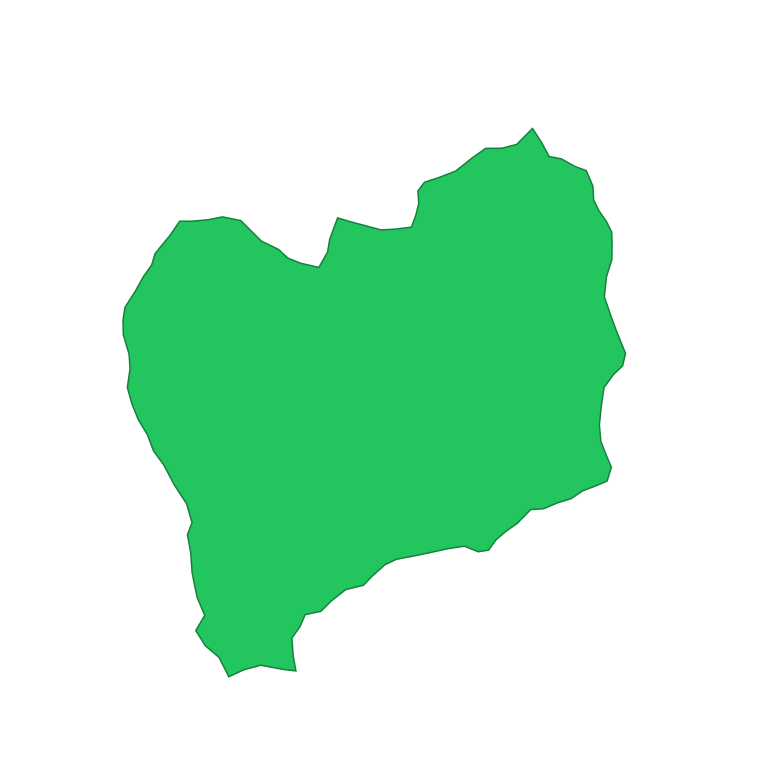 outline of Nipoã, São Paulo, Brazil, rotated 337°
{"feature_id": "56859067B34709054830061", "entity_name": "Nipoã", "entity_type": "district", "adm_level": 2, "iso_a3": "BRA", "parent_name": "Brazil", "parent_adm1": "São Paulo", "projection": "mercator", "projection_center": [-49.777, -20.892], "detail": "fine", "context": "isolated", "style": "filled", "palette": "green", "viewbox_px": 768, "rotation_deg": 337, "n_neighbors": 0, "source": "geoboundaries", "source_scale": "gbopen_adm2", "svg_char_len": 1551}
<svg xmlns="http://www.w3.org/2000/svg" viewBox="0 0 768 768"><g transform="rotate(337 384 384)"><path d="M560.8,549.5L560.8,535.0L561.2,521.5L566.3,505.8L576.1,488.0L585.2,473.2L599.0,464.9L610.7,460.6L618.3,450.2L618.7,425.9L619.4,410.7L620.9,389.8L630.7,372.2L642.3,358.6L648.5,344.6L652.9,333.2L652.3,321.6L649.6,308.7L648.9,296.6L653.6,283.5L653.6,266.7L644.5,258.1L635.2,246.0L624.9,239.1L623.4,222.7L620.5,206.8L599.8,215.3L584.5,213.0L569.6,206.8L553.7,210.3L533.2,216.0L513.9,215.3L500.1,214.1L490.6,219.6L486.6,231.3L479.3,241.0L470.6,250.3L455.3,246.0L441.5,241.0L417.1,222.0L406.2,213.0L390.7,229.4L383.6,240.5L369.6,251.2L354.5,240.3L344.7,230.5L339.6,219.1L326.9,204.4L316.0,177.6L300.7,167.1L286.1,164.0L269.9,158.8L259.6,154.3L244.3,164.0L233.7,169.5L224.3,174.5L216.6,183.7L204.6,191.1L190.8,201.8L175.5,212.2L168.6,223.4L163.3,236.7L161.0,256.9L156.2,270.7L146.4,286.9L144.2,303.7L143.9,320.4L146.4,338.4L145.7,355.6L149.7,372.7L151.5,394.8L155.5,417.1L153.1,436.6L144.2,445.9L140.2,463.7L133.7,482.5L131.1,494.8L128.6,507.7L128.6,526.9L114.4,537.4L117.3,555.2L125.3,571.2L126.8,592.8L143.5,592.3L160.6,594.7L179.3,607.1L190.8,613.7L194.1,599.2L199.9,581.9L211.9,574.5L221.4,565.5L237.0,568.6L250.8,563.1L268.3,558.3L286.5,561.2L298.1,556.2L314.5,550.7L326.9,550.2L346.9,554.5L362.5,557.6L378.2,560.5L394.7,564.7L405.1,575.2L415.3,577.8L426.2,571.2L438.0,567.4L452.4,564.3L469.9,556.9L482.2,561.2L496.8,561.2L511.7,562.6L524.8,560.0L539.7,560.5L551.4,560.5L560.8,549.5Z" fill="#22c55e" stroke="#15803d" stroke-width="1.5"/></g></svg>